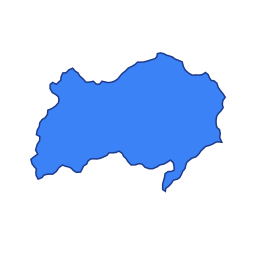 the district of Santana dos Montes, Minas Gerais, Brazil, rotated 169°
{"feature_id": "56859067B86300581362417", "entity_name": "Santana dos Montes", "entity_type": "district", "adm_level": 2, "iso_a3": "BRA", "parent_name": "Brazil", "parent_adm1": "Minas Gerais", "projection": "orthographic", "projection_center": [-43.666, -20.788], "detail": "fine", "context": "isolated", "style": "filled", "palette": "blue", "viewbox_px": 256, "rotation_deg": 169, "n_neighbors": 0, "source": "geoboundaries", "source_scale": "gbopen_adm2", "svg_char_len": 2223}
<svg xmlns="http://www.w3.org/2000/svg" viewBox="0 0 256 256"><g transform="rotate(169 128 128)"><path d="M170.9,197.3L174.9,196.4L178.3,194.0L181.4,194.5L183.8,191.2L185.0,187.6L187.6,186.2L189.9,184.6L193.4,187.1L196.1,185.6L197.0,181.5L195.5,177.2L192.6,174.7L190.4,172.1L190.4,169.2L191.4,166.1L194.9,163.4L199.1,161.6L203.3,160.8L204.5,156.7L207.3,153.9L210.7,152.7L213.6,150.0L214.9,146.2L217.5,143.2L219.2,138.9L216.2,136.5L217.2,132.4L220.3,129.2L222.9,124.0L221.6,119.6L225.3,117.9L229.3,115.8L229.0,111.1L227.5,108.0L225.8,105.4L226.9,102.0L227.2,99.0L226.0,95.0L221.9,95.7L219.6,97.8L215.7,98.0L210.5,97.1L206.7,99.0L203.2,102.4L199.3,104.1L196.7,102.4L194.1,101.3L191.4,99.4L189.6,96.5L187.1,94.3L183.0,93.8L180.9,96.4L178.9,99.2L175.4,100.5L173.6,103.2L170.7,104.7L167.4,104.3L164.3,103.5L160.8,103.6L157.3,104.3L153.8,105.2L151.4,107.3L147.5,106.5L144.5,106.3L141.2,107.0L138.3,103.9L137.7,101.1L135.7,98.3L134.3,94.7L132.0,91.1L127.6,90.4L123.9,90.9L121.0,89.8L118.8,86.2L115.0,84.0L111.5,83.3L106.9,84.3L103.8,85.7L100.1,85.7L97.2,86.5L92.4,88.4L90.2,85.2L90.1,81.6L90.7,77.8L93.9,77.1L96.9,77.6L100.3,76.1L101.8,72.0L103.3,69.2L104.7,66.2L105.7,61.0L103.4,58.7L102.4,61.6L99.3,63.0L96.0,65.4L93.4,68.1L89.2,68.4L86.7,69.5L84.7,71.9L82.7,74.9L79.7,77.4L78.4,80.5L76.7,83.2L74.0,84.7L71.0,86.2L66.9,86.7L63.9,88.6L61.0,91.4L58.2,93.3L55.2,95.1L51.3,95.4L47.6,96.2L44.3,97.4L41.4,97.0L38.6,96.1L39.8,101.1L38.5,105.1L38.5,108.9L40.5,111.4L40.8,114.5L40.1,118.8L38.6,122.9L36.3,125.1L33.6,127.0L30.7,129.8L30.9,133.2L29.8,136.6L26.7,139.7L28.2,143.4L30.4,147.6L31.8,151.0L32.2,155.0L34.3,157.7L37.3,158.9L38.6,162.1L39.1,165.0L41.3,167.7L45.1,166.2L48.8,166.5L51.4,167.2L54.8,167.5L58.1,170.4L60.7,173.8L61.9,177.6L62.2,182.6L66.0,185.1L68.6,186.7L70.7,189.1L73.2,190.6L76.0,192.0L78.8,194.2L81.8,195.5L85.0,195.4L86.0,192.7L88.1,190.9L91.5,190.6L96.5,190.0L100.8,189.8L106.1,190.8L109.1,188.9L112.2,187.8L116.2,186.8L119.7,184.4L123.4,182.5L125.9,180.5L128.3,178.3L131.8,176.7L135.3,176.1L138.6,176.3L141.8,177.6L144.6,178.9L147.5,176.4L150.8,177.2L153.1,180.5L156.6,180.4L160.4,180.9L162.8,184.8L165.5,188.4L166.6,191.7L169.0,193.8L170.9,197.3Z" fill="#3b82f6" stroke="#1e3a8a" stroke-width="1.5"/></g></svg>